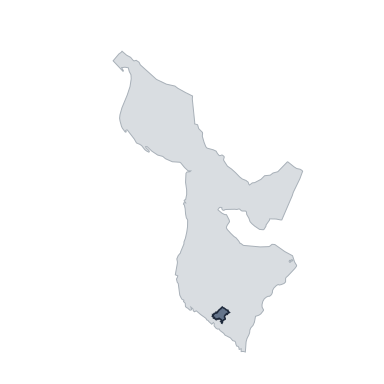 Ancuabe, Cabo Delgado, Mozambique shown in context, rotated 132°
{"feature_id": "85939544B12924931865401", "entity_name": "Ancuabe", "entity_type": "district", "adm_level": 2, "iso_a3": "MOZ", "parent_name": "Mozambique", "parent_adm1": "Cabo Delgado", "projection": "mercator", "projection_center": [39.811, -12.944], "detail": "fine", "context": "in_parent", "style": "filled", "palette": "slate", "viewbox_px": 384, "rotation_deg": 132, "n_neighbors": 0, "source": "geoboundaries", "source_scale": "gbopen_adm2", "svg_char_len": 6555}
<svg xmlns="http://www.w3.org/2000/svg" viewBox="0 0 384 384"><g transform="rotate(132 192 192)"><path d="M120.3,255.8L122.7,254.0L138.6,236.4L139.6,235.7L138.3,232.8L140.4,229.5L140.7,224.2L141.3,223.4L143.7,221.6L147.0,216.3L149.1,212.1L149.3,210.1L146.4,204.4L145.5,201.4L146.4,198.8L146.7,196.3L146.3,195.5L144.4,194.5L144.2,193.4L144.1,192.1L144.5,191.4L146.8,190.2L147.3,189.6L149.1,183.0L148.5,178.1L148.5,172.5L148.9,166.7L148.7,163.4L147.3,159.6L147.1,156.9L148.2,155.0L148.3,153.9L144.9,153.3L143.1,151.7L136.4,149.2L131.3,148.9L127.1,145.1L123.7,144.5L119.5,141.8L106.0,141.3L105.5,141.0L105.0,132.7L104.5,129.9L102.8,127.0L102.4,125.0L102.5,123.7L110.0,120.7L124.5,116.5L127.8,115.0L152.6,106.6L153.3,107.2L155.8,111.4L160.0,116.3L161.0,115.6L166.9,114.9L167.8,114.2L169.6,113.8L171.7,113.5L172.4,113.8L174.6,116.8L175.4,122.5L175.5,126.3L175.2,129.0L173.4,132.2L172.1,136.2L170.3,138.4L170.3,139.4L172.4,141.8L172.9,142.8L172.8,144.8L173.1,145.7L175.0,147.0L176.4,148.9L181.9,154.7L183.2,155.8L184.3,156.0L184.9,157.2L184.6,158.5L183.7,159.2L184.1,160.3L185.1,161.2L187.6,161.0L187.9,160.7L187.7,155.6L186.9,152.6L185.8,151.2L187.9,145.7L189.0,144.2L193.1,143.6L194.9,143.0L195.7,142.4L196.3,140.6L196.8,135.7L197.0,131.2L196.6,128.5L197.2,124.4L198.0,121.9L197.6,121.5L197.3,118.1L187.2,104.6L181.4,98.6L180.5,98.0L177.3,97.5L175.6,95.3L174.2,83.3L172.1,74.6L175.4,68.9L176.5,65.2L177.2,64.7L180.0,64.4L190.0,64.6L192.5,64.9L193.6,64.6L196.2,62.3L198.4,62.4L201.2,63.8L202.8,65.0L203.1,66.1L205.0,66.7L208.6,66.9L211.2,66.3L212.9,65.0L214.6,64.4L216.4,64.3L217.7,64.7L218.7,65.7L220.4,66.4L223.0,66.8L225.9,66.2L229.0,64.5L230.7,62.8L231.7,60.0L232.3,59.6L236.6,59.3L238.9,59.9L241.9,61.6L247.0,58.5L250.3,57.4L253.4,57.4L255.9,56.6L257.9,55.1L260.0,54.2L264.3,53.0L267.2,51.5L275.2,45.3L276.1,47.1L277.7,48.7L275.6,50.5L277.4,51.6L276.1,53.3L275.9,54.5L276.6,55.7L275.7,57.6L274.5,59.1L274.2,60.2L275.2,62.3L274.7,65.8L276.3,71.8L275.8,73.8L276.2,78.5L275.6,80.3L276.6,80.9L277.2,82.7L276.7,86.0L274.9,87.4L274.7,88.8L277.0,88.8L277.0,92.9L276.7,94.1L277.2,95.5L276.6,97.1L277.3,103.7L277.4,108.5L277.5,109.3L279.4,110.1L279.4,111.5L278.2,113.2L278.3,115.8L279.6,113.7L280.4,113.7L281.2,114.5L281.2,117.5L281.6,118.9L281.5,120.2L279.2,122.6L279.1,125.0L278.2,125.3L277.8,125.9L278.4,127.2L278.3,128.4L276.8,132.1L269.2,141.0L269.0,142.5L267.1,145.3L265.0,145.8L263.8,146.5L264.7,149.0L254.6,155.3L253.6,156.2L251.9,158.5L248.5,159.7L244.9,159.8L244.3,160.3L236.1,163.2L234.4,164.6L230.9,165.9L225.4,169.0L220.9,172.0L215.7,176.5L215.0,178.9L212.6,182.1L209.0,185.9L206.8,189.0L206.7,190.3L205.4,190.8L204.3,189.4L203.8,192.0L202.9,192.2L202.0,191.6L197.4,194.3L194.0,197.4L189.1,203.3L182.1,209.0L180.5,209.1L178.3,207.1L177.1,207.0L178.9,209.2L178.8,214.0L177.9,219.6L178.0,220.9L182.7,226.9L185.0,233.9L185.1,237.5L187.5,242.2L188.5,249.2L188.3,255.7L189.4,256.8L189.9,255.8L190.0,251.7L190.7,250.6L191.3,250.8L191.9,253.0L192.1,255.4L191.2,260.5L191.5,262.6L192.7,266.1L191.3,270.2L189.2,281.5L189.7,282.2L190.8,282.4L191.2,281.2L191.8,281.2L192.1,281.9L191.2,286.4L190.4,288.3L187.3,293.1L185.6,295.2L182.8,297.2L176.3,300.4L163.3,305.0L155.1,308.6L148.6,312.9L145.7,315.8L144.5,319.1L142.3,322.5L144.2,325.4L146.7,327.5L147.8,324.1L148.5,324.0L147.3,338.4L138.3,338.7L135.7,338.1L134.2,338.2L134.1,332.2L133.0,327.7L133.5,324.5L133.4,322.8L131.5,321.6L131.0,318.2L132.1,315.5L132.1,293.7L129.0,283.2L124.7,275.6L124.4,271.9L122.5,263.6L120.3,255.8ZM177.6,73.8L178.7,73.3L178.9,72.3L178.2,71.8L177.6,71.9L177.3,73.5L177.6,73.8ZM176.9,72.0L176.1,71.3L175.4,71.4L175.2,72.1L175.9,72.9L176.6,72.9L176.9,72.0Z" fill="#d9dde1" stroke="#a8b0b8" stroke-width="1"/><path d="M267.8,86.3L267.8,85.9L267.7,85.8L267.7,85.7L267.6,85.4L267.5,85.2L267.4,85.1L267.5,85.0L267.4,84.9L267.6,84.8L267.6,84.7L267.8,84.2L268.0,84.1L268.2,83.9L268.3,83.9L268.5,83.7L268.8,83.4L268.9,83.5L268.9,83.4L269.0,83.2L269.2,82.9L269.3,82.8L269.4,82.7L269.5,82.5L269.5,82.3L269.6,82.2L269.5,81.9L269.3,82.0L269.2,82.1L268.9,82.2L268.6,82.1L268.5,82.3L268.4,82.4L268.3,82.6L268.2,82.7L267.9,82.7L267.8,82.8L267.7,82.9L267.4,82.8L267.1,82.9L267.0,83.0L266.9,82.9L266.5,82.9L266.2,82.9L266.1,83.0L265.8,82.9L265.5,82.9L265.2,82.5L265.1,82.4L264.9,82.4L264.6,82.3L264.4,82.4L264.2,82.3L263.9,82.6L264.0,82.7L264.0,82.8L263.9,82.9L263.8,83.0L263.7,83.0L263.4,83.4L263.4,83.5L263.5,83.8L263.4,83.9L263.3,84.0L263.2,84.1L263.0,84.3L262.9,84.4L262.8,84.5L262.7,84.5L262.5,84.8L262.4,84.8L262.2,84.8L261.9,84.9L261.5,84.8L261.4,84.9L261.2,84.9L261.0,85.0L260.9,84.9L260.7,84.8L260.7,84.7L260.4,84.6L260.1,84.6L259.8,84.6L259.7,84.7L259.5,84.4L259.4,84.2L259.2,84.5L259.0,84.3L258.9,84.1L258.7,84.2L258.7,84.3L258.6,84.2L258.5,84.3L258.4,84.4L258.2,84.2L257.9,84.1L257.7,84.0L257.6,83.9L257.4,83.8L257.3,83.7L257.2,83.6L257.3,83.6L257.2,83.6L257.0,83.8L256.9,83.9L256.8,84.0L256.7,84.1L256.6,84.3L256.5,84.2L256.5,84.3L256.6,84.5L256.6,84.8L256.5,85.0L256.4,85.1L256.4,85.3L256.4,85.5L256.5,85.6L256.4,85.7L256.3,85.8L256.2,86.0L255.9,86.1L256.0,86.3L256.2,86.6L256.2,86.8L256.4,87.0L256.5,87.2L256.5,87.3L256.5,87.5L256.7,87.9L256.7,88.0L256.8,88.2L256.6,88.4L256.6,88.5L256.7,89.3L256.8,90.6L256.9,90.8L257.1,90.9L257.2,91.0L257.2,92.0L257.2,92.6L257.5,92.6L257.8,92.6L258.1,92.6L258.3,92.6L258.6,92.7L258.8,92.7L259.0,92.5L259.2,92.4L259.3,92.5L259.5,92.7L259.8,92.7L260.0,92.8L260.4,92.8L260.6,92.8L260.8,92.7L261.0,92.8L261.2,93.0L261.3,93.0L261.5,93.0L261.5,92.9L261.8,92.9L262.2,93.0L262.3,92.9L262.5,93.0L262.6,92.9L262.8,92.8L263.0,92.9L263.3,92.8L263.5,92.8L263.8,92.9L263.9,92.7L264.0,92.6L264.3,92.6L264.5,92.6L264.9,92.7L265.3,92.8L265.4,92.7L265.6,92.9L265.7,93.0L265.8,93.1L265.7,93.2L265.8,93.2L265.8,93.3L265.9,93.2L266.0,93.2L266.1,93.3L266.3,93.4L266.5,93.5L266.8,93.7L266.9,93.9L267.0,94.0L267.3,94.0L267.3,93.9L267.6,93.9L267.9,93.9L267.9,94.0L268.1,93.9L268.2,94.1L268.4,94.0L268.5,94.0L268.8,94.2L268.9,94.3L268.9,94.2L269.0,94.2L269.3,94.1L269.4,93.9L269.5,93.8L269.4,93.7L269.5,93.6L269.8,93.5L270.0,93.5L270.2,93.8L270.3,93.7L270.5,93.8L270.7,93.7L270.8,93.7L270.8,93.4L270.8,93.2L270.8,92.9L270.8,92.7L270.4,92.0L270.2,91.5L270.3,91.5L270.5,91.2L270.8,91.0L271.1,91.1L270.9,90.5L270.5,89.2L270.8,89.0L270.8,88.9L270.7,88.8L270.7,88.7L270.4,88.8L270.1,88.7L270.0,88.8L269.9,88.8L269.7,88.7L269.3,88.5L269.3,88.0L269.3,87.8L269.3,87.7L269.2,87.7L269.1,87.8L269.0,87.7L268.9,87.6L268.6,87.6L268.6,87.4L268.3,87.4L268.1,87.4L267.7,87.4L267.6,87.1L267.6,86.9L267.5,86.6L267.5,86.4L267.8,86.3Z" fill="#64748b" stroke="#1e293b" stroke-width="1.5"/></g></svg>